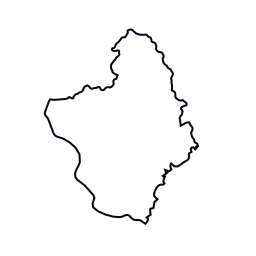 map outline of Branicevski (Mercator projection), rotated 222°
{"feature_id": "SRB-279", "entity_name": "Branicevski", "entity_type": "District", "adm_level": 1, "iso_a3": "SRB", "parent_name": "Republic of Serbia", "parent_adm1": "", "projection": "mercator", "projection_center": [21.622, 44.446], "detail": "fine", "context": "isolated", "style": "outline", "palette": "ink", "viewbox_px": 256, "rotation_deg": 222, "n_neighbors": 0, "source": "natural_earth", "source_scale": "10m", "svg_char_len": 5953}
<svg xmlns="http://www.w3.org/2000/svg" viewBox="0 0 256 256"><g transform="rotate(222 128 128)"><path d="M100.8,45.8L103.6,48.0L106.3,53.7L108.8,54.9L121.9,56.4L131.4,55.6L134.4,56.4L137.1,59.0L138.5,62.5L139.4,66.4L140.8,70.3L146.5,76.0L154.0,78.3L162.0,78.2L168.9,76.8L174.5,74.3L177.2,73.6L179.7,74.2L193.7,81.5L198.6,82.3L200.1,83.8L204.4,94.3L205.0,97.3L202.1,99.1L197.6,103.8L196.1,105.4L194.9,106.6L193.5,108.3L193.0,109.1L192.7,109.6L192.6,110.0L192.6,111.0L192.5,111.4L192.3,111.7L192.0,111.9L191.8,111.9L190.8,112.1L190.0,112.4L189.5,112.6L189.1,113.0L188.6,113.5L189.0,114.2L189.3,114.7L189.4,115.3L189.5,116.0L189.4,116.7L189.4,117.7L189.3,118.1L189.2,118.4L188.6,119.2L188.5,119.5L188.2,120.4L187.9,121.8L187.8,122.2L187.6,122.5L187.0,123.4L186.9,123.7L186.7,124.0L186.7,124.5L186.6,125.0L186.7,125.5L186.8,126.0L187.4,127.7L187.7,128.6L187.9,129.2L187.8,129.6L187.7,130.1L187.1,131.7L186.8,132.1L186.6,132.4L186.3,132.6L186.0,132.7L185.5,132.7L184.5,132.7L184.0,132.7L182.8,132.4L182.4,132.4L181.7,132.7L181.3,132.9L180.7,133.5L180.5,133.8L180.1,134.6L179.7,135.2L179.4,135.6L178.9,136.0L178.5,136.3L178.4,136.6L177.6,138.4L177.2,138.9L177.0,139.1L176.7,139.2L176.2,139.3L175.9,139.2L174.5,138.6L174.0,138.5L173.5,138.5L173.1,138.6L172.8,138.7L172.2,139.0L171.9,139.3L171.8,139.6L171.6,139.9L171.5,140.5L171.4,142.9L171.2,143.4L171.0,144.0L170.7,144.4L170.4,144.8L170.0,145.1L169.0,145.7L168.6,146.0L168.2,146.6L167.9,147.2L167.8,147.7L167.7,148.9L167.8,150.1L167.9,150.6L168.1,151.0L168.3,151.3L168.5,151.5L169.9,152.7L170.4,153.3L170.6,153.9L170.7,154.3L170.6,154.7L170.4,155.2L169.9,156.0L169.7,156.5L169.7,157.0L169.8,157.4L170.6,159.1L171.0,160.2L172.8,159.8L175.1,159.1L175.6,159.1L176.0,159.1L176.5,159.1L177.0,159.3L177.3,159.5L178.1,160.2L178.8,160.4L179.7,160.7L180.4,161.0L180.9,161.4L182.4,163.0L182.8,163.7L183.1,164.7L183.2,165.2L183.1,166.3L183.1,166.7L183.5,168.3L183.5,168.8L183.3,169.8L183.3,170.4L183.3,170.8L183.6,171.5L183.7,172.1L183.7,172.7L183.7,173.3L183.4,175.0L183.4,176.0L183.4,176.4L183.6,176.8L183.8,177.0L184.9,177.8L185.5,178.6L185.9,179.0L186.2,179.3L186.5,179.3L186.8,179.3L187.1,179.0L187.5,178.7L188.1,178.1L189.2,176.6L189.5,176.2L189.9,175.9L190.2,175.7L190.9,175.4L191.2,175.3L191.6,175.3L192.1,175.5L192.4,175.7L192.6,175.9L192.8,176.3L192.9,176.6L192.8,176.9L192.7,177.2L192.1,178.0L192.0,178.3L191.9,178.6L191.9,179.1L191.9,179.4L192.2,180.1L192.8,181.5L193.0,182.3L193.0,182.8L193.0,183.4L192.9,183.9L192.7,185.0L192.6,186.1L192.7,188.1L192.8,189.2L193.0,189.9L193.0,190.4L193.0,190.9L192.8,191.3L192.5,191.9L192.1,192.3L191.4,193.0L191.0,193.4L190.9,193.7L190.9,194.0L191.0,194.3L191.2,195.1L191.4,195.7L191.6,197.5L191.7,198.0L191.8,198.4L192.0,198.7L193.1,199.8L193.4,200.2L193.4,200.6L193.3,200.9L193.1,201.3L192.3,202.5L191.9,203.0L191.6,203.3L191.3,203.4L190.9,203.6L190.4,203.7L189.1,203.7L186.0,203.7L185.4,203.7L184.5,204.0L183.8,204.3L182.7,204.8L181.8,205.3L181.0,205.8L179.4,207.1L179.0,207.4L177.9,208.7L177.5,209.2L177.0,209.5L176.7,209.6L176.4,209.7L175.9,209.7L174.3,209.5L173.8,209.5L172.4,210.1L171.6,210.2L171.4,210.2L170.0,209.4L168.4,208.2L167.9,208.1L167.5,208.2L165.7,209.0L165.2,209.1L164.8,209.2L164.5,209.1L163.7,208.9L162.7,208.4L161.9,207.9L161.0,206.8L160.2,205.7L159.8,205.4L159.6,205.2L158.8,205.0L157.2,204.8L156.8,204.8L156.5,204.9L156.1,205.0L155.0,205.9L154.1,206.3L153.6,206.5L152.9,206.6L152.2,206.5L151.4,206.1L150.2,205.7L149.9,205.6L149.5,205.3L149.2,204.9L149.1,204.6L148.7,203.0L148.5,202.7L148.3,202.4L146.5,201.0L146.1,200.7L145.4,200.4L144.6,200.1L143.8,200.0L143.3,200.0L142.2,200.1L141.2,200.2L140.8,200.1L139.0,199.5L138.4,199.4L137.8,199.5L137.2,199.6L136.4,200.0L135.8,200.1L135.3,200.0L134.9,199.9L133.3,199.1L132.1,198.9L131.4,198.7L130.8,198.3L130.6,198.0L130.4,197.7L130.2,197.0L129.8,195.6L129.5,194.3L129.4,194.1L129.1,193.7L128.7,193.3L127.7,192.8L127.3,192.4L126.9,191.9L126.2,191.0L125.6,190.5L124.5,189.6L122.3,187.6L121.3,186.2L120.5,185.2L119.6,185.6L118.6,185.8L117.8,185.9L117.0,185.8L116.7,185.7L115.6,185.0L115.2,184.6L114.3,183.4L113.9,183.1L113.6,182.9L112.9,182.6L112.6,182.5L112.2,182.4L109.1,182.7L108.5,182.9L108.1,183.0L107.8,183.2L107.3,183.5L107.0,183.9L106.8,184.2L106.4,184.9L106.2,185.3L103.5,185.4L102.2,185.6L101.7,185.6L101.3,185.5L101.0,185.4L100.4,185.1L100.2,184.8L99.9,184.3L99.9,183.9L100.0,183.6L100.8,182.6L101.0,182.1L101.5,180.7L102.1,179.5L102.1,179.0L102.1,178.6L101.9,178.2L101.7,177.9L101.4,177.7L101.0,177.6L99.7,177.4L99.3,177.3L98.7,176.9L98.4,176.6L97.9,175.6L97.1,174.3L96.9,173.8L96.8,173.4L96.8,172.9L96.9,172.3L96.9,171.8L96.8,171.4L96.6,170.8L96.2,170.1L95.9,169.6L95.5,169.3L93.8,168.0L90.4,165.0L89.7,166.9L89.2,167.9L89.0,168.5L88.6,170.2L88.3,170.8L87.9,171.4L86.6,172.8L86.4,173.0L86.2,173.0L85.9,173.0L85.4,172.9L84.3,172.2L83.9,172.1L83.0,171.9L81.5,171.7L81.0,171.6L80.3,171.3L79.4,170.4L78.8,169.5L78.6,169.1L78.5,168.6L78.2,167.2L78.0,166.9L77.8,166.7L76.0,165.3L74.5,164.4L74.1,164.2L73.6,164.1L72.1,163.9L71.7,163.8L71.2,163.6L70.9,163.4L70.3,162.8L69.9,162.5L69.3,162.3L68.8,162.2L68.0,162.2L65.9,162.7L63.8,161.4L63.8,160.0L64.8,160.0L64.8,158.6L63.8,158.6L63.8,157.0L66.5,157.3L67.7,156.0L67.2,154.2L64.8,152.8L65.6,150.0L64.9,148.7L63.6,147.9L62.7,146.7L62.3,144.5L62.4,143.3L63.0,142.0L63.8,139.4L64.4,135.8L65.5,132.6L67.8,130.6L72.2,130.5L71.7,128.9L70.8,127.8L69.5,126.9L68.0,126.1L69.1,121.7L70.3,122.6L70.7,122.5L71.2,122.1L72.2,121.7L71.4,121.3L70.9,120.8L70.3,120.4L69.1,120.1L69.8,116.7L70.1,115.6L69.1,115.6L68.0,116.5L67.3,114.4L66.1,111.9L63.8,111.2L63.8,109.7L65.9,107.7L66.9,105.5L66.9,102.8L65.9,99.4L64.6,96.6L63.4,95.2L61.6,94.8L58.4,94.8L58.8,90.7L55.5,85.4L57.4,83.0L56.7,81.9L54.4,79.6L53.1,78.7L53.4,77.7L54.0,75.1L54.3,74.1L52.6,73.9L51.5,72.7L51.0,70.8L51.0,68.5L57.3,67.6L61.1,64.5L62.6,63.6L64.7,63.4L68.6,63.7L70.5,62.9L71.8,61.0L72.9,58.5L74.4,56.3L79.6,52.3L86.8,48.6L94.5,46.1L100.8,45.8Z" fill="none" stroke="#020617" stroke-width="2"/></g></svg>